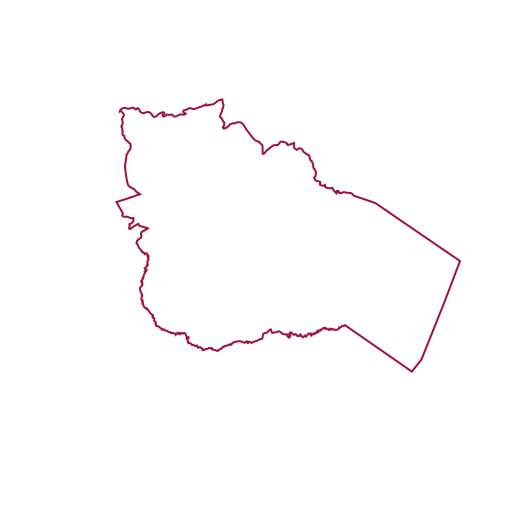 outline of Zomba, Zomba, Malawi, rotated 35°
{"feature_id": "42251766B13881881574545", "entity_name": "Zomba", "entity_type": "district", "adm_level": 2, "iso_a3": "MWI", "parent_name": "Malawi", "parent_adm1": "Zomba", "projection": "albers", "projection_center": [35.302, -15.438], "detail": "fine", "context": "isolated", "style": "outline", "palette": "rose", "viewbox_px": 512, "rotation_deg": 35, "n_neighbors": 0, "source": "geoboundaries", "source_scale": "gbopen_adm2", "svg_char_len": 6103}
<svg xmlns="http://www.w3.org/2000/svg" viewBox="0 0 512 512"><g transform="rotate(35 256 256)"><path d="M84.3,200.3L82.0,203.6L80.0,204.3L78.3,204.2L76.4,203.1L74.7,202.5L74.0,203.0L73.7,204.7L73.4,204.9L72.9,205.1L71.2,204.8L69.9,205.2L67.0,208.7L64.0,209.7L62.5,210.7L61.8,211.8L61.1,214.8L61.5,215.4L61.6,214.9L63.4,214.9L65.7,215.4L67.2,216.5L67.6,220.5L70.2,223.1L71.1,224.6L71.4,227.2L72.6,227.7L74.0,228.8L74.5,230.1L75.6,230.6L76.3,232.3L76.9,232.9L77.7,233.3L79.2,233.1L80.3,234.5L81.5,235.2L83.6,235.7L84.9,235.5L86.4,236.2L87.8,235.8L90.0,237.2L91.8,240.7L91.5,243.7L92.0,245.9L91.9,247.6L92.9,249.0L97.2,257.8L105.4,266.7L109.5,270.5L111.1,271.5L113.4,271.7L117.8,271.2L121.4,272.0L125.5,271.9L123.3,274.7L121.6,277.6L119.2,280.4L117.7,282.8L110.7,291.8L122.6,297.5L122.9,299.2L123.9,300.0L125.9,299.2L127.8,297.8L132.5,296.5L133.7,295.2L134.2,295.5L135.6,297.9L135.3,300.5L134.0,302.5L135.1,303.8L136.4,306.3L136.8,306.4L137.7,305.5L138.9,301.7L141.2,297.1L142.6,298.0L143.6,298.1L150.9,295.3L151.7,295.5L150.6,297.3L149.9,299.4L149.0,300.3L149.0,301.2L148.5,302.4L149.2,304.4L150.5,305.0L151.3,306.9L150.4,309.4L149.9,310.1L150.2,310.7L150.0,312.1L150.3,312.4L150.5,313.6L151.0,314.3L152.2,314.4L154.7,316.0L160.4,318.0L160.5,317.6L162.1,317.9L163.2,317.4L163.6,317.7L163.5,318.1L163.9,318.2L164.0,317.3L164.8,317.2L165.3,316.5L166.7,317.3L166.9,318.0L168.0,317.8L167.8,318.6L168.1,318.9L168.5,318.8L169.4,320.3L170.2,320.7L170.1,322.8L171.7,324.7L172.3,325.0L172.0,325.3L172.1,326.1L172.5,326.8L172.1,327.4L172.6,327.9L171.9,329.9L173.1,330.2L173.0,330.6L173.4,330.8L174.6,330.4L174.5,332.1L173.9,332.7L174.6,333.2L175.6,338.2L176.5,338.7L176.6,339.1L176.0,340.2L177.2,342.1L176.5,342.5L176.7,342.8L177.5,342.5L178.2,343.6L178.9,343.9L178.8,344.3L179.7,345.2L179.2,347.7L179.4,348.9L181.6,351.2L184.6,352.8L185.3,353.9L185.7,354.0L186.1,356.0L187.2,357.3L188.1,357.2L188.6,358.6L189.4,358.3L190.4,359.5L190.4,360.3L191.2,360.3L193.2,361.7L194.5,362.1L195.3,361.8L196.1,362.1L196.5,361.6L197.0,362.2L197.8,361.9L202.5,363.5L204.6,363.8L205.4,363.5L205.8,363.7L206.4,365.6L206.8,365.8L208.0,365.3L208.7,365.6L209.5,367.3L212.0,367.9L212.1,368.8L213.3,369.3L213.5,370.0L214.7,370.4L217.0,369.5L218.3,369.8L220.0,369.7L221.2,370.4L222.2,369.0L223.1,368.9L223.7,369.4L225.7,368.4L227.5,368.5L229.9,367.5L230.6,367.9L231.8,366.9L234.2,365.9L235.3,366.5L235.2,365.7L236.1,364.7L235.8,363.9L236.6,363.7L238.3,364.0L238.7,363.2L238.1,362.6L239.5,361.7L240.8,361.4L241.0,360.6L241.6,360.1L243.3,360.4L245.9,362.3L246.7,361.3L247.5,361.3L247.9,362.0L246.6,363.0L246.6,363.5L249.3,364.7L249.7,365.9L250.9,366.0L252.2,365.1L254.7,365.5L255.6,364.6L257.7,364.7L259.0,363.2L259.9,364.0L260.8,363.8L261.5,364.2L262.3,362.8L265.3,362.6L265.8,363.7L266.2,363.8L267.5,362.7L268.0,361.0L269.8,359.7L270.4,358.0L271.6,357.8L272.5,356.8L273.2,357.8L273.6,357.8L274.6,357.1L279.1,355.8L279.1,354.6L280.7,352.1L280.7,350.8L281.4,348.8L281.8,348.8L282.3,347.2L283.7,346.1L284.2,344.5L285.4,344.0L285.4,343.2L286.6,342.8L286.6,340.6L287.2,340.1L287.5,338.9L290.5,335.9L292.7,334.5L296.4,333.7L297.3,331.2L298.1,331.3L299.1,332.1L299.5,331.9L299.3,330.7L299.7,330.0L302.3,329.7L302.7,328.5L305.8,324.4L307.0,321.7L307.8,321.4L308.4,320.2L308.3,319.3L307.1,317.0L306.7,315.8L307.0,314.5L309.0,312.4L309.3,309.7L310.2,307.7L313.3,309.7L316.7,306.4L317.2,305.2L318.0,304.5L321.0,304.2L322.2,304.6L323.4,304.3L326.6,302.3L327.0,302.5L327.6,303.7L328.8,303.7L329.5,304.2L329.9,303.9L330.1,301.8L329.4,301.3L328.6,301.4L328.6,301.0L327.9,300.5L328.0,299.2L328.4,298.5L328.7,298.3L329.3,298.9L331.7,298.7L332.1,298.9L333.0,297.5L333.8,297.6L334.5,297.1L335.9,297.9L336.3,297.7L337.1,296.7L337.1,295.5L337.5,294.7L337.9,294.8L338.6,295.8L339.9,295.8L340.5,295.2L341.4,295.3L341.6,293.2L343.2,293.3L343.1,292.0L343.6,290.3L343.4,289.5L345.4,288.1L345.5,289.0L346.3,289.5L347.0,289.4L346.8,289.0L347.2,287.8L347.8,287.2L347.8,286.4L348.6,286.4L348.8,286.0L348.6,284.7L349.7,284.1L350.4,283.1L349.3,282.4L349.3,281.6L349.7,281.5L350.4,281.9L350.9,280.7L351.6,280.3L351.0,279.3L352.2,278.4L352.6,275.9L353.8,276.0L354.4,274.9L355.5,275.5L357.0,274.6L358.3,274.8L358.7,274.1L358.4,273.0L359.6,272.7L360.1,272.0L360.5,272.0L361.1,272.4L362.2,271.2L363.9,270.9L365.6,268.3L365.6,267.4L365.1,266.8L366.4,265.9L366.7,263.8L368.0,262.7L368.5,261.6L450.0,261.3L450.9,245.9L436.8,185.7L426.0,143.1L323.1,144.2L301.6,150.5L299.5,149.9L297.3,150.1L293.2,152.6L291.5,153.0L289.3,156.0L288.1,156.1L287.4,156.9L286.9,156.8L286.5,155.5L285.2,155.9L285.0,156.9L285.7,158.5L281.5,157.6L280.1,156.6L279.3,156.4L277.9,158.1L275.4,159.4L274.1,159.7L272.3,159.3L272.2,158.4L271.8,158.1L271.3,159.8L267.7,161.0L267.0,160.5L266.7,158.8L265.9,158.5L261.4,160.0L258.6,158.6L258.9,156.3L257.0,152.9L254.8,151.5L252.6,151.0L250.0,148.0L247.3,146.4L245.1,146.0L241.9,143.1L241.2,143.4L236.5,143.5L234.8,143.3L233.3,142.4L230.8,142.2L229.4,143.2L228.5,145.7L225.9,145.7L225.3,145.6L222.3,141.6L221.1,143.6L218.4,146.9L217.6,146.9L217.2,146.1L216.8,146.0L214.8,146.2L211.5,147.4L210.8,148.0L210.5,148.8L210.3,152.5L207.3,154.8L206.5,156.0L204.3,163.2L203.9,167.4L203.1,168.4L202.3,167.8L198.4,162.3L197.2,161.4L193.1,161.1L193.1,160.8L188.9,161.7L186.6,161.4L175.6,157.9L170.5,155.7L167.6,155.2L165.9,155.8L164.1,157.1L162.4,159.6L161.2,160.3L159.3,162.7L158.9,165.7L158.2,167.7L157.8,167.9L157.5,169.2L157.1,169.1L156.2,170.2L155.0,169.6L154.9,167.4L153.7,165.0L151.5,164.4L148.3,162.7L146.8,162.8L146.5,162.5L145.9,160.9L145.1,156.6L144.4,155.5L143.5,152.1L142.4,150.6L141.6,150.3L138.6,147.1L136.7,149.2L135.6,151.3L134.5,155.0L133.6,156.5L129.1,161.1L128.1,160.4L127.4,162.2L126.8,162.6L125.9,164.4L121.1,171.1L120.0,171.8L117.3,172.6L116.3,173.4L115.7,175.2L113.7,177.7L113.2,178.9L114.1,179.8L116.8,179.7L116.8,180.6L115.2,182.1L112.8,183.3L110.1,188.0L108.6,188.8L105.7,188.3L104.3,190.1L101.8,191.2L101.3,193.4L100.6,194.5L99.8,194.9L99.0,194.8L98.6,194.0L99.1,192.3L99.0,191.5L98.1,191.2L97.3,191.6L95.7,193.7L94.8,195.8L94.2,198.6L93.0,200.5L91.0,200.6L89.0,199.6L86.3,199.4L84.3,200.3Z" fill="none" stroke="#9f1239" stroke-width="2"/></g></svg>